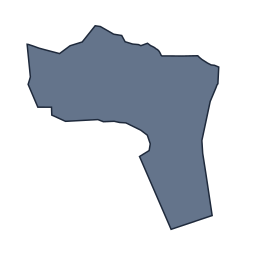 the district of Bayancagaan, Bayanhongor, Mongolia, rotated 175°
{"feature_id": "93677404B22663539773144", "entity_name": "Bayancagaan", "entity_type": "district", "adm_level": 2, "iso_a3": "MNG", "parent_name": "Mongolia", "parent_adm1": "Bayanhongor", "projection": "orthographic", "projection_center": [98.843, 45.297], "detail": "fine", "context": "isolated", "style": "filled", "palette": "slate", "viewbox_px": 256, "rotation_deg": 175, "n_neighbors": 0, "source": "geoboundaries", "source_scale": "gbopen_adm2", "svg_char_len": 1079}
<svg xmlns="http://www.w3.org/2000/svg" viewBox="0 0 256 256"><g transform="rotate(175 128 128)"><path d="M93.9,23.3L51.8,33.5L54.3,74.2L55.8,96.3L55.5,109.1L43.8,147.3L37.2,159.8L36.4,161.4L36.1,162.2L35.9,162.4L35.8,162.6L35.7,162.9L35.6,163.2L35.3,163.5L34.6,164.2L32.3,180.8L36.3,182.9L39.7,183.6L43.2,185.8L48.5,189.9L49.9,191.3L50.7,192.1L52.2,193.9L68.3,195.0L79.6,196.1L84.1,196.5L87.8,196.8L88.6,197.4L89.0,198.6L89.3,199.4L89.7,200.4L90.0,201.0L90.7,202.3L91.2,202.8L91.6,203.3L91.8,203.6L92.1,203.7L92.9,204.2L93.4,204.7L93.6,204.9L94.0,205.3L95.0,206.1L96.4,207.0L97.6,207.7L98.3,208.1L101.2,210.7L108.0,208.9L110.3,210.2L116.0,211.2L123.4,214.2L126.2,220.7L134.1,222.7L146.7,231.5L151.8,232.7L166.1,217.7L178.5,215.0L189.7,208.1L203.7,213.1L209.7,215.3L215.5,218.0L220.2,220.0L221.2,220.2L220.8,187.4L222.2,183.8L223.7,180.2L216.0,156.6L202.4,155.4L202.8,147.5L189.7,140.1L157.2,139.0L152.0,136.4L141.2,135.9L135.8,134.2L129.7,133.3L115.6,124.8L109.4,119.2L107.2,110.3L108.9,103.7L119.0,98.6L93.9,23.3Z" fill="#64748b" stroke="#1e293b" stroke-width="1.5"/></g></svg>